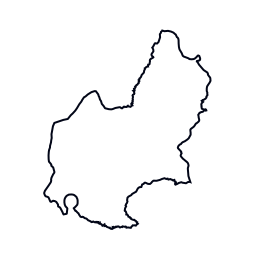 outline of Senafe, Debub, Eritrea, rotated 9°
{"feature_id": "51966322B59675289253253", "entity_name": "Senafe", "entity_type": "district", "adm_level": 2, "iso_a3": "ERI", "parent_name": "Eritrea", "parent_adm1": "Debub", "projection": "orthographic", "projection_center": [39.494, 14.702], "detail": "fine", "context": "isolated", "style": "outline", "palette": "ink", "viewbox_px": 256, "rotation_deg": 9, "n_neighbors": 0, "source": "geoboundaries", "source_scale": "gbopen_adm2", "svg_char_len": 5855}
<svg xmlns="http://www.w3.org/2000/svg" viewBox="0 0 256 256"><g transform="rotate(9 128 128)"><path d="M78.4,107.4L77.8,109.2L76.2,112.1L74.5,116.4L73.2,119.1L71.1,122.3L69.5,124.3L67.1,128.5L62.9,130.1L54.5,134.5L53.6,138.0L53.4,146.1L54.2,149.8L54.1,152.3L54.2,154.3L53.8,157.8L54.0,159.5L53.5,162.1L53.5,163.9L53.8,167.4L54.5,171.2L55.2,173.6L57.5,175.6L58.0,176.3L58.2,177.3L60.3,178.7L62.1,182.7L62.2,183.6L61.3,185.5L60.2,189.1L60.1,190.9L60.4,192.1L60.2,193.7L58.9,196.6L55.8,203.0L55.4,204.9L55.5,205.8L56.5,207.5L57.3,208.3L59.2,208.6L60.2,208.9L60.9,209.8L62.7,212.7L63.6,213.0L65.4,211.6L65.6,211.7L67.0,211.6L68.7,212.2L70.8,214.5L71.3,216.4L73.0,217.0L73.8,217.7L76.5,221.4L77.4,222.9L77.9,223.4L80.4,222.5L80.9,222.1L80.7,217.1L80.3,216.5L78.5,215.1L77.5,213.5L76.8,211.4L76.5,209.2L76.6,207.8L77.0,206.4L78.0,204.6L79.9,203.1L82.3,202.5L84.0,202.4L85.5,202.7L87.8,204.1L89.1,206.1L89.6,207.5L90.0,210.2L89.9,211.7L88.5,213.9L87.0,215.7L88.8,217.9L89.1,218.1L89.5,218.0L91.7,219.7L92.4,220.0L93.2,221.2L95.0,223.1L96.4,223.2L96.9,222.8L97.8,222.9L99.3,223.8L100.7,223.9L101.5,224.2L103.1,225.4L105.0,225.8L105.8,226.3L106.5,226.3L106.8,226.6L107.8,226.3L108.2,225.8L109.9,226.3L110.6,226.0L111.0,226.2L111.2,225.7L112.2,225.6L112.1,225.8L112.3,226.0L113.4,225.6L113.4,226.4L113.6,226.6L114.8,227.0L115.2,226.3L115.4,226.8L116.1,226.9L116.6,227.4L117.1,227.4L118.0,228.5L118.6,228.0L119.2,228.0L119.4,227.3L119.9,226.8L120.3,227.6L120.0,228.4L120.1,228.6L121.7,228.2L122.4,228.9L125.0,229.5L125.5,229.3L125.8,229.8L126.5,229.8L127.0,230.2L127.4,229.9L127.8,230.2L128.1,230.2L128.4,229.7L128.9,229.5L128.9,228.8L128.6,228.2L129.1,228.2L129.3,228.0L130.1,228.7L131.1,228.1L131.1,227.6L131.5,227.3L132.4,227.5L132.7,227.0L133.8,226.7L134.4,226.8L135.1,227.4L135.7,227.5L137.2,226.6L137.8,226.7L138.1,226.0L140.0,226.1L141.1,225.7L141.4,225.8L142.0,226.7L143.6,226.2L146.1,226.2L146.6,226.0L146.8,225.0L147.4,224.3L147.9,223.4L148.5,223.4L149.5,223.1L151.0,223.2L151.6,222.1L152.7,221.0L151.5,220.1L151.7,219.6L151.1,219.4L150.5,218.7L149.5,218.4L148.7,217.7L148.0,217.9L146.4,217.7L145.1,217.2L144.9,216.5L143.9,216.3L143.8,215.8L142.2,215.5L141.7,214.3L140.7,213.8L139.9,213.7L140.1,213.0L139.6,212.3L139.2,211.3L138.6,210.6L138.3,210.4L137.9,210.4L137.7,210.2L137.7,207.7L138.4,205.6L137.7,204.9L138.2,203.0L138.7,202.2L138.8,201.3L139.0,200.8L138.4,199.4L138.4,196.9L139.2,195.7L141.7,193.8L142.4,192.5L146.0,189.6L147.2,186.1L148.5,184.7L150.4,184.2L150.8,181.6L152.2,180.7L152.8,179.6L153.4,179.3L154.6,179.5L156.1,180.0L157.5,180.0L158.5,179.8L159.5,178.7L160.2,177.4L161.2,176.2L161.9,175.9L162.9,175.9L164.6,175.6L167.8,174.2L169.4,173.1L171.9,171.9L173.8,172.4L174.6,171.9L175.1,171.8L175.7,172.5L176.1,172.6L177.7,171.8L178.2,171.9L178.8,172.2L179.3,172.1L180.4,172.7L181.9,172.0L182.2,172.6L182.1,173.0L182.3,173.5L182.8,173.8L183.5,173.7L183.9,174.3L183.2,175.8L183.4,176.3L183.8,176.5L185.7,175.3L186.5,174.5L189.1,173.2L190.3,173.5L193.9,173.5L195.7,172.0L197.6,171.5L198.0,171.6L195.2,166.0L193.5,159.0L193.4,158.1L193.7,155.8L193.4,154.8L192.8,153.5L191.9,152.6L187.0,149.7L185.0,148.0L184.5,147.4L184.3,146.9L184.5,145.6L184.9,144.8L184.9,144.5L184.3,143.9L184.2,143.0L180.6,140.2L180.3,139.6L180.4,138.7L180.7,137.7L181.7,136.3L182.8,135.6L183.4,134.4L184.2,133.5L186.2,132.2L188.5,130.0L189.6,128.6L190.9,124.9L190.6,122.9L190.0,120.8L189.9,119.8L190.3,119.0L192.7,116.5L193.4,115.3L194.3,113.1L195.1,112.5L196.6,110.8L197.1,109.8L197.1,108.9L196.0,106.1L195.8,105.1L195.3,104.1L196.2,102.0L196.4,101.7L197.1,101.5L197.6,100.9L199.3,100.3L200.7,98.5L202.0,98.7L202.6,98.4L202.3,97.8L201.7,97.4L200.3,97.9L198.0,97.4L197.5,96.4L197.4,95.4L197.0,94.8L197.1,94.2L196.7,93.2L196.9,92.0L198.1,90.5L197.5,90.2L197.2,90.2L196.6,89.6L197.0,89.3L197.4,88.7L198.2,88.4L200.0,86.9L200.7,85.6L200.5,84.7L201.3,83.2L201.1,82.8L201.2,82.3L200.9,81.7L200.8,80.5L200.2,79.6L199.9,78.7L199.6,76.5L199.6,75.0L199.8,74.1L201.6,70.2L202.1,68.5L201.5,65.9L201.1,65.2L200.1,64.4L198.6,62.8L198.5,62.0L197.7,60.8L193.6,58.9L188.2,54.3L186.3,51.9L185.6,51.6L185.6,51.1L187.9,50.1L188.4,49.5L188.5,48.7L188.3,47.8L187.1,45.7L186.1,45.4L185.6,45.6L184.3,47.6L183.0,49.1L181.9,49.7L180.0,50.2L177.8,50.3L177.3,49.9L176.3,49.6L171.9,48.7L170.8,48.1L169.3,45.6L166.7,42.5L166.2,41.5L165.6,39.9L164.8,36.6L164.2,33.3L163.6,31.7L162.8,30.9L162.1,30.6L160.5,28.2L159.8,27.9L158.0,26.7L155.3,26.0L152.3,25.8L148.9,26.7L146.6,26.4L146.5,26.9L145.6,27.8L145.6,28.8L144.8,30.4L145.5,33.4L144.7,38.3L143.5,40.0L142.3,40.1L141.7,40.0L141.2,40.3L140.0,43.9L139.4,44.8L140.6,46.4L141.1,48.2L140.8,49.0L139.8,51.0L139.7,52.0L140.4,53.1L141.7,53.8L142.0,54.2L141.8,54.5L139.6,56.3L139.1,57.0L139.0,57.8L139.3,58.9L139.2,59.6L139.3,61.4L138.9,62.0L138.0,62.3L138.1,63.1L137.9,63.5L138.1,64.0L137.6,64.0L137.2,64.6L136.4,65.0L135.9,65.9L135.2,66.4L135.5,67.3L135.0,68.7L135.0,70.8L133.2,73.5L132.9,75.4L132.1,76.8L131.5,77.4L131.7,77.9L131.7,78.3L131.0,79.0L131.9,79.9L131.9,80.1L131.3,80.7L131.6,81.8L131.5,82.1L130.9,82.5L130.6,83.5L130.3,83.9L129.7,84.1L129.5,84.7L128.6,85.9L129.1,86.3L128.8,87.1L128.6,87.6L127.7,88.3L127.7,88.5L128.6,89.3L128.7,89.6L128.5,90.1L127.5,90.5L128.5,91.3L128.5,92.1L128.9,92.9L128.7,93.6L127.6,94.5L127.4,95.3L128.1,96.5L128.0,98.5L128.5,99.5L128.1,100.3L128.2,100.8L128.6,101.3L128.1,102.1L128.7,103.0L128.5,103.4L127.5,103.6L127.6,104.1L128.7,105.1L128.1,105.4L127.2,106.7L124.9,106.6L124.4,106.0L124.1,106.2L123.9,107.0L123.2,107.5L122.3,107.6L121.0,107.5L120.6,107.6L120.5,108.2L119.7,108.5L119.2,109.4L118.4,109.5L117.2,108.8L116.3,108.8L112.4,110.2L109.9,111.7L108.6,112.2L106.1,112.4L102.5,112.1L102.1,111.9L100.5,110.1L98.4,108.3L97.1,105.6L95.9,104.3L94.8,102.0L94.1,101.1L93.3,99.4L90.5,96.7L89.2,96.8L86.3,98.3L85.6,98.9L83.0,101.2L81.1,103.5L79.7,104.6L78.4,107.4Z" fill="none" stroke="#020617" stroke-width="2"/></g></svg>